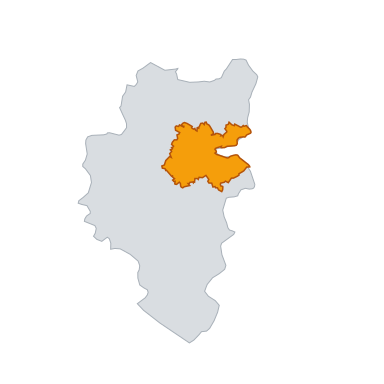 Namur on a map of Belgium (Albers equal-area conic projection), rotated 244°
{"feature_id": "BEL-3476", "entity_name": "Namur", "entity_type": "Province", "adm_level": 1, "iso_a3": "BEL", "parent_name": "Belgium", "parent_adm1": "", "projection": "albers", "projection_center": [4.867, 50.216], "detail": "fine", "context": "in_parent", "style": "filled", "palette": "amber", "viewbox_px": 384, "rotation_deg": 244, "n_neighbors": 0, "source": "natural_earth", "source_scale": "10m", "svg_char_len": 4465}
<svg xmlns="http://www.w3.org/2000/svg" viewBox="0 0 384 384"><g transform="rotate(244 192 192)"><path d="M176.2,93.8L181.6,96.6L186.4,97.2L188.5,96.0L187.2,89.3L191.1,85.7L195.4,84.1L197.4,87.0L201.3,90.0L204.4,90.0L212.8,82.4L214.8,83.9L216.6,86.6L217.0,88.8L217.3,91.1L219.2,92.1L225.8,91.6L229.2,87.4L231.8,84.8L233.8,86.5L234.8,91.7L236.7,98.4L244.6,105.8L251.3,107.9L259.6,106.4L262.8,105.0L265.0,106.1L267.3,110.1L272.1,114.5L282.1,117.6L285.2,119.4L287.3,122.4L286.8,126.8L282.1,137.7L281.5,140.9L282.2,141.9L281.3,144.0L275.1,151.3L274.6,153.8L276.7,158.0L278.5,161.4L282.2,163.1L285.8,163.6L292.4,163.7L299.6,163.9L300.4,165.9L308.5,171.6L311.0,176.2L316.8,180.6L312.2,186.4L313.0,188.9L314.7,191.5L321.2,192.9L324.5,196.5L324.8,202.2L326.5,211.5L313.3,221.0L309.6,231.4L309.3,233.5L308.9,233.2L307.3,229.8L304.9,229.9L299.3,228.5L291.6,238.0L288.2,245.8L286.2,251.5L283.1,256.2L282.5,261.1L283.0,263.1L281.9,265.8L281.9,268.5L286.5,274.0L287.6,276.9L293.3,286.5L291.6,290.1L290.3,293.9L288.7,296.7L286.9,298.4L281.2,298.4L274.0,299.7L269.1,301.6L266.6,301.6L261.3,296.9L255.5,289.7L251.7,286.2L250.1,283.3L245.5,282.0L238.9,278.5L234.4,274.6L230.5,272.2L225.1,271.0L220.6,271.1L219.2,264.6L218.7,257.1L215.0,252.1L220.1,232.6L217.1,230.7L213.8,232.2L209.1,236.9L206.9,242.4L205.5,247.3L197.6,252.0L185.0,253.6L171.3,251.8L169.4,250.5L168.5,249.1L168.5,247.4L169.5,244.7L171.9,241.6L172.5,237.0L170.1,233.0L168.5,231.4L169.2,227.6L171.1,222.8L171.4,220.1L162.3,211.7L155.6,210.0L149.1,209.6L144.2,208.6L141.4,209.0L139.3,211.3L137.2,213.0L135.6,210.9L133.0,196.2L130.8,194.0L122.5,191.4L111.2,190.3L108.2,187.5L106.7,180.9L105.9,172.9L102.3,165.2L100.5,163.2L97.2,159.8L91.2,161.0L84.1,165.3L79.8,166.4L78.2,166.8L72.7,162.3L66.6,155.4L61.7,148.1L60.6,144.1L62.3,139.3L60.6,135.6L58.1,128.8L57.5,123.5L88.3,105.7L106.9,96.6L115.6,93.9L117.4,103.5L119.0,106.6L121.0,108.6L123.7,109.0L126.9,106.7L131.3,104.3L138.3,105.6L143.4,108.0L145.2,110.4L148.6,112.7L153.5,113.3L163.1,109.1L172.4,102.5L175.1,97.9L176.2,93.8Z" fill="#d9dde1" stroke="#a8b0b8" stroke-width="1"/><path d="M218.0,231.7L217.2,231.4L216.9,229.7L215.0,230.6L207.4,238.3L206.9,239.2L206.8,240.3L206.9,240.9L207.2,241.5L207.3,242.3L206.7,245.8L206.2,247.6L205.5,248.8L204.8,249.3L201.8,249.8L191.8,254.7L189.7,255.1L189.2,254.9L189.4,254.4L190.4,252.1L188.3,247.8L187.8,242.1L186.6,241.7L186.3,239.8L186.3,235.4L187.2,233.5L184.5,228.7L187.1,226.8L186.6,225.2L187.4,221.6L186.4,220.8L184.9,220.5L183.6,222.0L183.1,222.0L180.5,220.5L179.3,218.9L182.2,216.8L184.6,216.7L185.5,215.0L186.8,215.1L187.3,213.0L191.3,213.6L192.7,211.1L194.7,210.9L196.0,212.6L200.8,211.8L200.3,207.7L202.1,204.8L200.6,203.1L201.7,202.8L202.8,200.5L199.7,198.6L200.4,197.9L199.7,197.2L200.7,197.0L201.6,194.4L200.8,193.2L201.3,192.2L198.8,192.8L200.1,187.4L199.8,185.5L201.0,184.5L202.3,184.4L204.8,185.3L206.4,184.9L205.6,181.5L206.4,180.2L207.1,180.2L209.0,181.5L209.4,180.3L211.2,179.8L211.6,182.1L214.5,180.9L215.2,182.1L215.0,180.8L215.3,180.5L222.9,178.5L222.9,177.8L224.8,178.0L226.4,175.8L228.6,176.3L228.4,179.0L231.8,182.2L233.7,187.5L232.3,188.5L236.3,188.8L237.3,191.4L238.3,191.5L240.0,190.7L239.0,191.7L239.5,193.4L240.9,193.2L240.6,194.2L241.3,195.5L243.7,194.5L245.3,196.1L246.6,199.0L245.5,201.2L246.4,202.6L249.9,203.5L249.8,205.6L250.8,207.0L254.7,204.3L257.7,205.3L258.3,206.8L256.8,208.7L257.8,210.1L254.0,213.0L254.6,213.5L255.4,212.3L257.1,212.1L257.8,213.9L257.8,215.6L255.8,217.6L250.8,220.9L250.1,219.9L249.3,220.0L247.7,221.1L247.9,222.4L245.9,222.3L244.6,223.2L247.3,224.7L246.5,225.8L247.4,225.8L247.3,226.9L249.8,229.9L249.2,231.9L247.2,232.5L249.0,234.2L248.6,235.4L246.7,235.2L244.8,236.6L243.3,236.9L236.6,237.4L235.1,236.9L234.7,233.8L233.6,238.0L234.3,238.7L233.5,240.6L231.2,243.0L230.5,243.2L229.9,242.5L229.4,244.3L228.0,244.2L229.7,245.9L230.7,249.5L231.4,249.9L234.5,249.3L235.1,250.8L237.2,251.9L236.9,254.3L238.5,255.9L234.9,257.3L233.1,259.1L234.3,260.2L229.0,264.1L228.6,265.1L229.3,267.2L228.3,267.5L228.0,269.4L227.8,270.1L226.5,270.2L223.4,271.3L221.8,271.6L219.9,271.3L219.2,270.4L219.3,266.3L219.1,265.6L218.4,264.5L218.2,263.9L218.4,263.2L219.0,262.5L219.2,261.9L219.6,260.6L220.0,259.6L220.2,258.7L220.0,257.2L218.9,255.2L215.5,253.8L214.6,252.3L214.9,250.5L217.7,243.6L217.7,242.5L217.6,241.5L217.7,240.5L219.0,237.6L219.5,237.5L220.2,238.3L220.4,236.4L220.8,234.1L220.9,232.1L220.2,231.3L218.0,231.7Z" fill="#f59e0b" stroke="#b45309" stroke-width="1.5"/></g></svg>